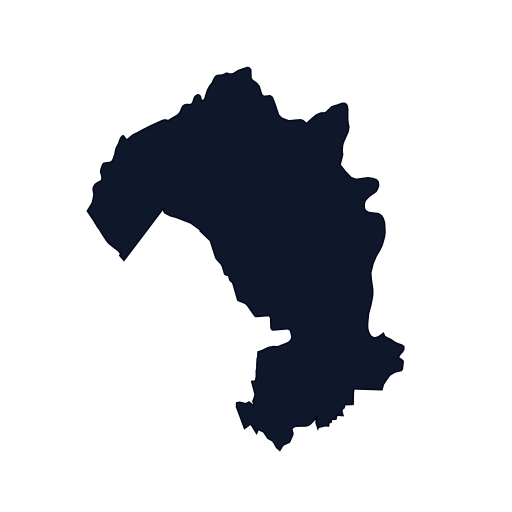 outline of Go Vap, Hồ Chí Minh city, Vietnam, rotated 20°
{"feature_id": "81297802B93588362587103", "entity_name": "Go Vap", "entity_type": "district", "adm_level": 2, "iso_a3": "VNM", "parent_name": "Vietnam", "parent_adm1": "Hồ Chí Minh city", "projection": "equal_earth", "projection_center": [106.669, 10.835], "detail": "fine", "context": "isolated", "style": "filled", "palette": "ink", "viewbox_px": 512, "rotation_deg": 20, "n_neighbors": 0, "source": "geoboundaries", "source_scale": "gbopen_adm2", "svg_char_len": 4920}
<svg xmlns="http://www.w3.org/2000/svg" viewBox="0 0 512 512"><g transform="rotate(20 256 256)"><path d="M402.1,285.0L400.7,287.3L398.7,290.0L397.1,291.3L395.8,292.2L394.4,292.5L393.0,292.4L391.2,291.9L389.3,290.5L387.6,288.7L386.3,286.9L384.6,283.3L383.5,279.6L382.9,277.3L381.4,271.4L380.7,263.0L379.5,255.2L378.6,251.5L377.1,247.5L372.4,238.7L369.6,232.6L368.5,222.6L369.0,214.8L370.3,207.8L370.8,202.7L370.2,194.5L369.5,191.3L369.2,189.8L365.5,181.0L362.8,177.3L362.6,177.1L360.0,175.2L356.6,174.3L347.5,176.5L343.9,176.1L341.6,174.3L340.0,170.6L339.6,167.4L340.2,165.1L342.2,160.8L346.7,154.4L347.2,151.1L347.1,147.8L345.6,144.7L343.1,143.2L339.5,143.2L334.4,144.2L327.6,147.8L323.8,149.8L318.6,149.8L310.9,146.0L303.8,141.6L303.0,133.6L302.7,131.1L300.9,127.5L299.6,122.9L299.2,119.6L300.0,107.4L299.0,102.7L297.2,100.0L295.0,95.2L292.0,86.6L290.4,83.9L289.2,82.7L287.0,82.2L284.7,83.1L281.7,85.7L276.3,89.7L275.3,91.8L272.2,97.8L268.5,99.2L266.3,101.0L264.1,103.3L260.1,110.4L258.5,114.2L253.7,112.7L251.5,112.7L247.6,114.4L240.6,117.8L233.0,117.7L229.0,115.8L220.5,105.1L217.1,101.4L214.4,100.6L208.7,103.4L206.2,102.4L200.8,95.4L197.1,93.3L192.3,92.0L190.3,90.3L188.9,86.5L187.3,82.7L185.0,81.5L183.2,81.9L176.0,87.7L172.2,92.6L170.8,93.3L169.2,94.0L167.0,94.1L165.5,94.4L163.9,96.3L161.6,97.9L158.2,99.4L156.8,100.8L156.1,103.1L155.6,108.5L154.4,111.9L153.7,116.7L153.8,120.2L154.2,125.6L153.6,127.4L152.6,128.4L151.7,128.3L150.6,127.3L149.0,124.9L147.4,124.2L145.9,124.5L144.6,126.2L143.9,128.1L143.9,129.5L144.1,132.1L144.0,134.0L143.3,135.6L141.8,136.5L138.6,137.5L137.3,138.5L137.0,138.8L136.0,140.2L135.7,142.5L135.6,146.3L135.1,148.4L133.7,150.9L129.8,155.5L127.8,158.2L126.9,158.8L123.9,159.2L121.7,160.7L112.7,169.5L106.2,176.4L102.3,180.9L98.9,184.3L95.7,190.0L94.6,190.8L93.8,190.8L91.5,189.2L90.2,188.4L89.5,188.8L89.0,189.8L88.7,190.6L88.4,192.8L88.4,198.0L87.8,202.1L87.8,203.7L88.6,208.8L88.7,213.9L88.2,216.5L87.1,217.8L83.9,219.4L81.3,220.9L80.8,221.7L80.7,222.4L80.6,224.2L80.7,227.4L80.9,229.0L81.4,230.4L83.1,232.6L84.2,234.4L84.9,236.3L85.0,237.7L84.5,238.6L81.3,242.1L80.3,243.9L79.8,246.3L79.9,247.7L80.0,248.9L80.8,250.3L82.7,253.7L83.5,258.0L83.9,260.8L83.9,262.8L82.1,271.4L83.8,272.6L89.5,276.8L89.9,277.0L97.4,283.0L99.6,284.4L105.4,289.0L111.1,293.2L113.3,294.4L120.5,296.9L122.0,297.2L125.1,298.3L128.2,300.3L127.7,302.1L133.4,305.3L142.8,275.1L149.6,252.8L153.1,241.7L153.6,244.7L155.2,246.6L161.9,247.5L167.4,247.0L182.6,247.3L182.8,245.7L183.8,245.9L183.7,247.4L187.9,248.6L195.2,250.7L195.0,251.6L207.1,256.9L208.0,257.5L218.0,270.4L219.4,272.0L226.1,275.6L228.3,277.6L232.7,283.7L233.6,284.0L235.1,283.9L236.3,283.9L237.3,284.2L237.7,284.6L238.0,285.3L239.0,286.7L239.8,287.6L240.7,288.2L242.6,288.8L244.1,290.2L252.4,301.6L254.0,303.7L254.8,303.9L261.1,304.1L263.4,304.6L265.4,305.7L272.3,310.6L275.6,312.8L276.4,313.0L277.2,312.7L287.7,307.9L288.9,307.7L289.8,308.1L290.8,308.9L293.2,314.8L294.7,318.5L295.5,319.3L296.4,319.8L297.4,319.7L310.1,313.8L311.8,313.5L313.7,314.1L317.4,319.4L317.6,323.0L316.2,326.0L313.7,328.4L310.3,331.3L308.0,333.5L306.3,334.2L304.2,334.9L303.0,335.2L301.0,336.8L300.6,336.6L298.5,338.2L293.8,343.0L290.7,345.5L292.5,351.0L292.1,351.5L293.7,357.0L295.2,361.3L295.5,363.6L298.1,370.8L297.7,371.1L298.5,373.1L298.2,373.6L294.9,375.3L295.4,376.2L297.0,378.5L301.0,384.2L302.4,386.1L302.7,387.3L302.8,388.8L302.9,391.8L302.7,393.6L303.8,394.7L304.6,395.1L304.3,397.2L299.3,395.6L298.0,397.3L296.8,398.2L294.6,398.6L290.8,399.0L288.0,400.6L289.3,404.5L291.3,406.8L304.2,422.0L308.5,415.6L317.2,422.5L317.4,418.1L320.0,418.4L323.5,418.8L329.4,423.2L331.1,423.5L334.9,424.1L335.6,424.6L336.8,425.5L340.0,428.2L340.9,429.0L344.6,430.3L344.9,430.5L345.5,427.2L346.1,424.6L347.3,423.3L351.1,419.5L351.3,418.1L351.4,415.6L351.6,412.9L351.6,410.9L351.2,409.7L350.3,408.6L349.1,406.8L348.9,406.2L349.3,404.8L350.3,403.5L351.1,402.7L353.2,401.7L357.2,400.1L359.8,399.2L362.0,398.1L363.5,396.7L364.4,395.6L365.8,392.7L366.9,390.0L367.8,387.2L368.7,385.1L368.5,386.1L368.5,388.9L368.7,389.8L369.6,392.4L370.4,393.4L372.1,395.5L373.2,397.1L373.3,396.0L373.4,395.7L373.7,395.4L377.9,392.6L378.9,392.0L380.2,391.5L382.3,391.0L381.5,387.1L382.1,387.2L382.5,387.1L383.0,386.8L383.5,386.2L383.2,385.9L383.1,385.5L383.0,384.9L383.2,383.4L384.0,383.2L385.5,382.7L386.9,382.0L386.5,377.8L392.4,376.2L391.1,374.4L390.4,373.5L389.7,372.9L389.8,372.6L389.8,372.4L389.4,370.9L389.4,370.3L389.9,369.7L390.7,368.6L390.6,367.7L390.3,365.3L393.5,364.1L398.0,362.2L397.8,361.3L396.6,358.1L394.2,350.9L393.4,347.4L420.1,338.6L420.1,338.3L419.6,333.2L421.2,326.5L422.4,322.3L425.9,317.8L430.0,315.0L431.7,314.0L432.2,312.2L430.3,304.5L428.3,303.6L425.4,303.0L424.6,302.2L424.6,301.0L425.1,299.0L426.5,295.6L426.8,292.8L425.7,290.4L423.4,289.8L419.0,289.9L415.7,289.6L411.5,288.4L407.7,288.1L404.4,287.5L402.1,285.0Z" fill="#0f172a" stroke="#020617" stroke-width="1.5"/></g></svg>